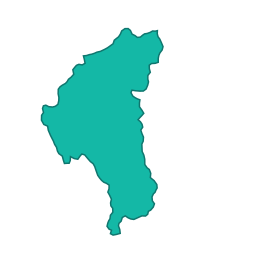 Dom Silvério, Minas Gerais, Brazil, rotated 151°
{"feature_id": "56859067B43340770638367", "entity_name": "Dom Silvério", "entity_type": "district", "adm_level": 2, "iso_a3": "BRA", "parent_name": "Brazil", "parent_adm1": "Minas Gerais", "projection": "equal_earth", "projection_center": [-42.948, -20.12], "detail": "fine", "context": "isolated", "style": "filled", "palette": "teal", "viewbox_px": 256, "rotation_deg": 151, "n_neighbors": 0, "source": "geoboundaries", "source_scale": "gbopen_adm2", "svg_char_len": 2340}
<svg xmlns="http://www.w3.org/2000/svg" viewBox="0 0 256 256"><g transform="rotate(151 128 128)"><path d="M55.1,198.9L57.3,199.5L59.4,200.9L62.4,200.9L65.4,201.4L67.9,202.3L70.2,202.1L73.1,201.5L75.9,202.7L77.1,205.5L78.9,208.1L78.6,212.2L79.7,214.9L82.5,216.4L86.4,216.0L89.2,213.8L92.1,212.3L94.8,211.9L97.5,211.4L100.2,208.9L103.5,208.5L106.9,208.1L110.2,208.1L115.0,208.4L118.4,209.4L121.0,209.6L123.8,210.1L126.2,210.9L129.2,211.5L132.0,212.7L132.9,209.3L134.2,205.4L137.5,205.4L140.1,207.5L142.7,207.8L144.9,207.0L148.0,205.7L149.4,201.3L153.1,200.0L156.4,199.5L158.7,198.1L161.1,197.3L164.7,197.3L167.4,197.0L170.2,195.7L172.5,191.8L173.7,188.1L175.3,185.5L177.8,182.7L181.0,182.2L183.8,182.9L187.0,185.1L188.8,187.8L191.2,188.4L193.3,186.5L194.4,182.5L197.4,181.0L199.9,176.8L199.9,171.9L197.4,168.6L198.8,164.7L199.4,158.9L199.6,152.6L200.1,149.3L199.9,145.7L200.9,142.0L200.9,139.1L199.1,135.3L200.1,131.3L200.8,127.8L198.8,126.9L196.6,125.7L194.3,127.5L192.2,130.9L189.8,127.3L187.0,125.0L183.6,126.7L181.0,127.6L178.9,125.5L178.0,120.7L177.2,116.9L175.8,113.7L175.8,110.4L176.6,106.1L177.4,101.3L177.1,98.2L176.5,95.0L175.4,92.2L173.7,90.1L172.2,87.2L174.1,84.0L176.7,81.7L176.7,78.4L177.0,73.8L179.6,70.9L180.7,68.2L180.3,65.2L182.1,61.7L185.7,60.2L187.7,57.4L190.0,56.1L191.8,54.6L194.0,52.2L193.6,48.7L192.0,46.6L194.6,44.1L193.0,41.6L190.0,40.6L185.9,39.6L184.4,43.3L183.8,47.0L182.2,49.0L179.2,49.8L176.4,52.5L173.0,52.5L171.5,49.5L169.7,47.1L167.2,45.2L164.2,44.9L161.5,44.7L158.5,44.4L155.3,42.5L152.6,43.0L150.6,45.2L147.9,45.2L144.2,46.6L141.6,48.9L142.0,52.5L140.4,56.1L137.7,58.1L135.6,58.6L133.6,60.2L131.6,61.4L130.2,64.6L130.7,69.3L132.5,73.8L130.1,77.3L129.5,81.4L130.6,83.9L131.0,87.9L128.5,92.6L127.3,96.6L127.0,100.6L125.5,103.6L123.7,107.2L121.1,109.1L118.9,112.5L118.5,116.4L117.8,120.0L114.7,121.6L113.9,124.5L114.1,127.4L115.2,130.4L112.7,131.3L110.1,132.1L107.1,133.2L107.2,136.7L107.7,141.0L105.9,144.3L103.9,146.9L105.6,148.8L107.0,150.9L108.3,153.5L108.3,157.4L106.2,159.2L103.6,157.1L99.7,154.5L96.7,152.9L93.3,153.3L90.0,155.9L87.7,158.4L87.0,161.1L85.2,164.3L81.5,165.9L80.6,169.5L79.0,172.6L76.2,173.0L72.9,171.4L69.7,170.8L67.8,174.2L65.9,176.5L63.7,178.2L60.3,179.7L57.9,182.2L57.4,186.7L57.1,190.3L57.5,193.3L56.7,196.3L55.1,198.9Z" fill="#14b8a6" stroke="#0f766e" stroke-width="1.5"/></g></svg>